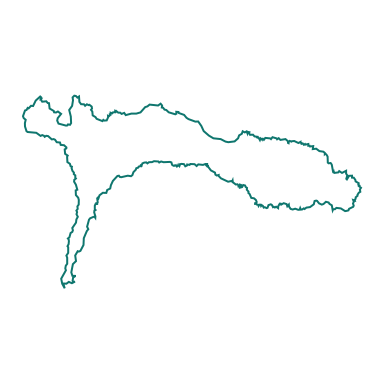 the district of Nossa Senhora Do Rosario, Ribeira Brava, Cabo Verde
{"feature_id": "66160863B38183693605809", "entity_name": "Nossa Senhora Do Rosario", "entity_type": "district", "adm_level": 2, "iso_a3": "CPV", "parent_name": "Cabo Verde", "parent_adm1": "Ribeira Brava", "projection": "robinson", "projection_center": [-24.164, 16.566], "detail": "fine", "context": "isolated", "style": "outline", "palette": "teal", "viewbox_px": 384, "rotation_deg": 0, "n_neighbors": 0, "source": "geoboundaries", "source_scale": "gbopen_adm2", "svg_char_len": 5941}
<svg xmlns="http://www.w3.org/2000/svg" viewBox="0 0 384 384"><path d="M31.0,105.8L28.6,108.4L27.7,107.9L26.5,110.0L25.0,110.5L23.0,116.2L23.7,118.1L25.7,119.8L24.9,123.1L25.0,126.5L26.5,131.2L27.6,132.0L36.3,132.8L40.6,135.9L42.2,135.1L44.0,135.8L44.7,136.8L46.2,135.8L48.1,136.1L51.8,139.4L53.7,139.1L55.1,139.8L56.7,142.2L60.0,142.5L60.7,144.9L64.0,145.2L66.4,147.4L66.3,148.4L64.7,149.4L65.1,153.8L67.7,155.6L67.1,156.7L67.4,162.1L69.9,163.8L70.6,166.2L71.9,166.7L71.6,168.1L72.4,170.8L73.9,172.6L73.8,174.1L75.3,175.4L75.3,177.7L75.9,178.5L74.3,179.8L74.1,181.7L75.9,184.7L77.3,189.7L75.7,190.4L75.9,195.1L78.2,197.7L78.8,199.9L78.7,204.6L77.4,206.4L77.7,208.9L76.4,210.6L77.1,212.1L76.5,214.2L77.8,216.8L76.4,219.4L76.0,222.6L72.3,228.0L72.9,230.3L72.3,231.9L70.6,233.0L69.4,237.3L67.9,238.5L68.7,239.5L68.9,241.3L68.6,244.2L67.5,246.2L68.2,247.2L68.2,252.9L66.4,255.6L67.2,257.7L67.2,263.8L65.8,265.7L65.3,268.4L65.9,270.3L61.2,278.7L62.2,283.7L64.7,288.3L63.5,284.4L63.9,283.5L66.4,283.7L68.8,281.9L71.9,283.2L75.0,281.6L73.4,281.9L72.6,280.9L73.1,277.6L75.0,276.3L75.0,275.9L72.4,275.8L71.3,272.4L72.9,264.1L76.0,261.1L75.2,255.5L77.7,251.2L78.8,251.6L80.4,250.9L83.5,245.0L83.8,238.2L86.8,231.1L88.3,229.2L87.1,226.7L89.0,219.7L90.1,218.3L93.4,216.9L94.5,216.7L95.3,217.8L95.4,216.4L94.2,212.4L94.4,210.7L95.5,210.0L94.8,209.4L94.8,205.7L95.5,204.1L96.9,204.0L96.6,203.2L97.3,203.2L97.7,202.3L97.3,199.2L98.0,198.6L97.4,198.1L98.0,197.5L98.5,198.2L99.5,195.3L102.8,192.8L106.3,192.9L107.2,190.0L110.2,188.5L110.9,185.2L112.9,180.9L117.4,176.0L118.9,175.7L119.8,176.9L121.2,177.2L127.8,175.7L131.0,176.2L132.4,175.1L133.4,172.2L135.8,169.7L136.3,168.2L138.1,167.7L138.7,166.6L140.8,166.1L140.6,165.9L140.7,165.5L141.4,166.0L142.4,163.4L144.2,162.6L146.3,162.4L147.4,163.4L149.0,162.2L152.1,162.1L154.0,161.2L158.4,161.5L159.2,162.5L161.1,161.5L163.6,162.2L170.0,161.9L171.4,162.4L172.1,164.8L172.9,165.4L174.0,165.9L175.1,165.2L176.6,166.2L176.9,165.7L177.1,166.4L178.7,165.2L179.2,165.8L179.3,164.9L179.7,165.3L180.1,164.2L181.3,163.9L183.9,164.1L185.3,166.3L187.1,165.4L187.2,164.5L189.6,164.9L190.3,164.0L194.6,164.2L196.6,166.0L198.3,164.4L203.0,164.9L205.1,164.1L206.4,165.5L206.5,164.0L207.1,164.0L207.0,165.3L208.0,165.7L208.1,166.7L210.9,170.4L215.0,172.6L215.4,174.6L216.7,175.5L218.6,175.0L218.5,175.8L220.9,178.3L228.1,181.7L231.5,181.0L232.1,181.6L232.6,180.5L232.8,182.2L235.8,184.5L237.5,184.3L238.5,185.5L238.5,186.6L239.6,186.9L239.9,184.6L241.0,184.9L241.5,185.9L240.6,187.5L242.1,187.1L243.2,185.0L245.1,185.5L245.7,187.0L247.0,187.9L246.8,189.7L248.5,191.6L248.4,193.0L249.6,194.0L251.3,197.9L254.0,198.3L255.9,200.0L256.7,202.0L256.3,202.9L255.1,203.2L255.1,203.9L256.4,203.8L256.7,204.5L258.3,204.9L258.6,205.9L259.4,204.7L260.7,204.7L261.1,206.0L261.8,205.2L262.8,205.8L263.7,207.6L264.8,207.2L266.6,208.1L267.5,207.8L268.5,205.1L270.8,204.3L272.0,205.1L273.0,207.2L273.8,206.8L274.9,207.5L276.1,206.7L278.1,208.1L278.2,206.3L279.8,203.6L280.8,203.7L281.2,204.6L283.7,203.2L286.6,204.1L287.3,206.3L288.8,204.6L289.0,206.5L290.6,208.9L292.7,209.5L295.2,208.7L298.2,209.8L299.6,209.7L300.2,208.1L300.8,209.6L302.1,209.5L303.8,208.4L304.6,209.0L306.4,207.6L310.0,207.1L313.8,204.3L314.6,201.0L316.2,200.6L317.1,200.9L319.1,203.4L321.8,204.6L323.5,204.0L325.9,201.8L328.6,202.5L329.5,203.9L331.8,205.3L332.7,210.3L333.2,209.2L334.9,209.2L336.4,207.9L340.8,208.4L345.1,211.1L346.5,210.9L348.4,210.4L349.1,208.8L353.2,206.8L353.7,205.7L353.0,203.5L353.8,201.8L353.2,200.0L354.9,200.6L354.7,199.8L355.6,198.8L355.7,197.3L357.5,195.8L357.5,194.8L358.8,192.7L360.3,191.8L359.9,189.5L361.0,187.8L358.9,186.1L359.4,185.5L358.3,184.7L358.7,183.2L355.6,181.4L355.4,180.0L353.8,177.7L352.0,177.6L352.0,175.7L349.1,175.8L346.9,179.4L346.3,178.8L347.3,175.4L346.1,173.6L346.1,170.8L342.0,172.9L339.2,171.1L338.3,172.4L334.3,172.9L333.9,171.9L333.3,172.0L333.4,170.7L332.9,170.8L331.8,164.8L330.9,163.2L331.3,162.9L328.6,163.3L327.8,162.6L327.6,156.6L326.7,155.0L325.3,153.5L324.8,154.0L324.8,152.9L323.4,151.7L319.4,151.1L316.2,148.7L312.8,149.1L313.2,146.1L310.0,146.5L309.6,145.7L308.3,145.8L308.3,144.0L305.4,144.6L305.0,144.0L303.9,144.8L302.7,143.4L301.5,143.8L301.2,142.8L300.2,142.6L300.3,142.0L298.4,143.0L294.2,141.0L291.5,141.3L291.4,140.6L291.1,141.5L289.7,140.9L288.8,141.6L288.6,143.2L288.0,142.9L288.0,141.3L285.5,139.1L280.4,139.9L278.7,138.2L277.1,139.3L276.6,138.4L272.5,137.2L271.0,139.1L270.2,138.4L265.3,137.9L263.9,139.8L262.9,138.7L261.8,138.8L261.8,139.5L260.5,138.4L259.9,140.1L258.8,138.1L257.2,137.5L257.5,136.8L254.5,136.4L253.0,134.7L250.0,134.8L249.1,133.3L249.4,132.2L247.7,131.9L247.4,133.3L246.6,131.4L244.8,132.4L242.7,131.3L241.8,133.8L239.1,135.4L238.1,138.3L234.6,141.4L228.3,142.2L225.5,141.6L220.7,139.1L213.4,138.3L208.9,135.6L203.7,131.1L201.3,125.9L198.2,121.5L195.3,121.6L188.5,119.1L186.5,117.8L184.1,114.9L178.8,113.0L178.5,112.0L176.3,111.8L176.4,113.7L175.3,114.3L168.7,112.3L166.3,110.0L164.5,109.6L163.1,107.7L161.8,107.5L162.1,105.5L160.6,103.7L158.1,105.5L149.6,104.6L147.4,106.4L145.2,107.1L140.5,112.4L136.3,113.6L131.4,113.6L125.7,115.1L124.2,112.9L121.6,113.9L120.2,112.7L118.3,112.7L116.2,111.0L115.7,111.9L115.1,111.2L114.9,112.2L112.9,112.4L112.3,113.3L110.6,112.7L110.6,114.5L109.9,114.4L110.0,115.2L109.1,116.1L108.0,115.7L108.1,117.3L106.7,120.4L104.1,120.6L103.3,119.9L102.4,121.1L96.6,118.8L95.5,117.1L92.7,115.4L92.3,111.5L91.0,109.8L92.0,108.6L91.7,106.6L89.4,104.8L88.5,105.1L86.9,104.3L85.1,105.8L84.0,104.3L81.1,104.2L79.4,101.9L79.0,96.5L77.4,97.6L75.9,96.0L74.3,95.7L72.6,97.4L73.0,100.3L72.1,105.9L69.2,110.0L70.8,116.5L71.1,123.1L70.0,124.8L68.0,124.4L67.4,125.4L66.0,125.6L58.5,123.6L57.2,120.6L57.7,118.2L61.1,113.9L57.9,111.5L56.0,112.5L54.1,112.3L53.8,111.0L49.6,108.5L49.0,103.2L47.7,103.0L46.3,101.3L42.2,101.7L40.9,99.7L41.2,99.1L40.6,99.3L41.0,97.2L40.2,96.5L35.7,100.6L33.1,106.0L31.0,105.8Z" fill="none" stroke="#0f766e" stroke-width="2"/></svg>